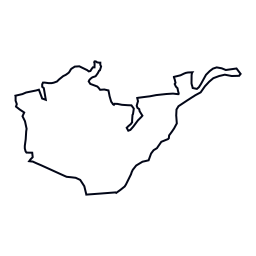 outline of Bany Abeed, Ad Daqahliyah, Egypt
{"feature_id": "37247803B85878422276791", "entity_name": "Bany Abeed", "entity_type": "district", "adm_level": 2, "iso_a3": "EGY", "parent_name": "Egypt", "parent_adm1": "Ad Daqahliyah", "projection": "mercator", "projection_center": [31.692, 31.024], "detail": "fine", "context": "isolated", "style": "outline", "palette": "ink", "viewbox_px": 256, "rotation_deg": 0, "n_neighbors": 0, "source": "geoboundaries", "source_scale": "gbopen_adm2", "svg_char_len": 2709}
<svg xmlns="http://www.w3.org/2000/svg" viewBox="0 0 256 256"><path d="M240.6,73.9L236.5,68.5L225.8,70.0L221.7,68.3L216.7,67.4L213.0,68.6L209.7,71.1L206.0,74.8L201.0,83.9L198.9,87.2L196.9,88.9L192.7,88.0L192.3,86.3L191.9,85.1L191.5,83.4L191.6,75.0L192.0,72.9L192.4,72.3L187.9,72.5L185.8,72.9L183.8,73.7L180.5,75.3L173.9,76.9L173.9,77.3L174.7,79.4L175.5,82.8L174.7,84.0L175.9,86.6L177.5,88.2L177.9,90.3L178.3,92.0L178.7,93.3L178.5,94.1L177.5,94.1L173.0,93.6L166.4,94.0L156.1,95.1L149.9,96.3L147.4,96.6L138.0,97.8L137.2,98.0L137.6,99.5L138.0,101.2L137.5,102.8L136.7,105.8L137.5,107.9L139.2,109.1L139.6,111.2L142.4,115.7L141.2,117.1L137.9,120.4L133.3,126.6L130.4,129.9L128.3,130.7L126.7,127.8L128.4,126.1L130.8,124.1L131.7,122.8L132.1,122.4L132.1,121.6L132.1,120.7L132.5,114.9L133.0,114.1L133.8,108.6L131.4,105.3L130.1,105.3L127.7,105.2L121.9,104.8L117.4,103.9L114.5,103.8L113.9,104.8L112.9,104.2L112.5,103.4L111.2,101.7L109.6,96.3L109.2,94.2L108.8,92.1L108.4,90.4L107.8,90.3L104.3,89.5L100.1,89.8L98.6,87.8L97.3,86.5L90.3,83.9L88.7,81.4L89.5,79.8L90.8,78.5L92.4,77.3L94.9,76.5L95.7,76.1L97.8,73.2L99.1,70.7L99.9,70.3L101.1,66.5L100.3,64.8L100.3,62.7L99.1,62.7L97.0,62.3L95.8,61.4L94.6,61.4L94.2,62.2L94.6,63.5L94.5,67.3L92.9,67.3L91.7,68.9L90.4,71.0L88.8,71.4L87.1,70.1L79.3,66.3L78.0,66.4L74.8,66.6L71.5,68.7L70.7,69.5L70.3,70.4L69.0,72.4L68.6,72.8L67.4,73.7L65.7,74.9L63.2,76.1L59.1,79.4L57.0,81.5L53.7,82.7L51.7,83.1L48.4,83.1L44.7,82.6L43.0,82.6L42.2,84.3L42.2,86.8L43.8,88.1L45.8,99.8L42.1,98.5L41.7,97.2L38.9,89.7L36.0,90.5L26.1,92.5L22.4,94.1L15.4,95.7L15.6,96.5L15.6,100.7L16.8,104.1L16.0,106.6L19.7,109.5L24.2,112.5L22.9,115.4L22.5,116.2L25.0,121.3L26.6,128.8L26.2,131.3L25.7,139.3L24.8,145.9L24.8,148.4L25.6,151.4L26.5,152.6L32.2,152.7L32.7,157.1L32.5,157.4L30.5,159.4L29.2,161.2L30.9,161.4L31.8,161.5L32.6,161.5L36.3,163.2L41.2,165.3L49.8,169.2L60.1,173.9L65.0,176.1L66.6,176.8L71.6,177.3L75.7,177.8L80.2,179.9L84.3,186.2L86.1,193.6L86.3,194.6L99.9,193.6L115.5,192.4L116.2,192.9L120.4,189.9L123.4,187.5L124.8,186.4L124.9,186.1L125.9,184.6L131.0,174.3L131.7,172.1L132.9,169.6L133.7,168.7L134.3,167.9L136.2,165.5L142.5,161.7L144.8,161.2L148.6,160.3L151.1,153.5L153.6,150.2L156.9,148.2L157.4,147.5L157.9,146.7L159.8,144.0L161.3,141.8L164.8,140.4L165.2,140.2L168.0,139.1L168.8,138.3L169.1,135.8L169.1,135.4L170.1,134.1L172.0,131.5L173.7,129.0L174.0,128.6L176.2,124.5L176.8,123.5L176.3,116.4L176.2,115.8L176.5,109.5L177.1,108.5L178.5,106.2L187.7,100.1L188.2,99.8L191.9,97.4L193.7,96.3L195.2,95.3L200.4,92.5L200.7,92.3L204.2,87.3L204.9,86.3L207.8,83.2L208.8,82.1L209.3,81.6L213.3,78.2L219.2,76.0L224.8,74.7L231.6,76.0L232.3,76.0L239.1,75.8L240.6,73.9Z" fill="none" stroke="#020617" stroke-width="2"/></svg>